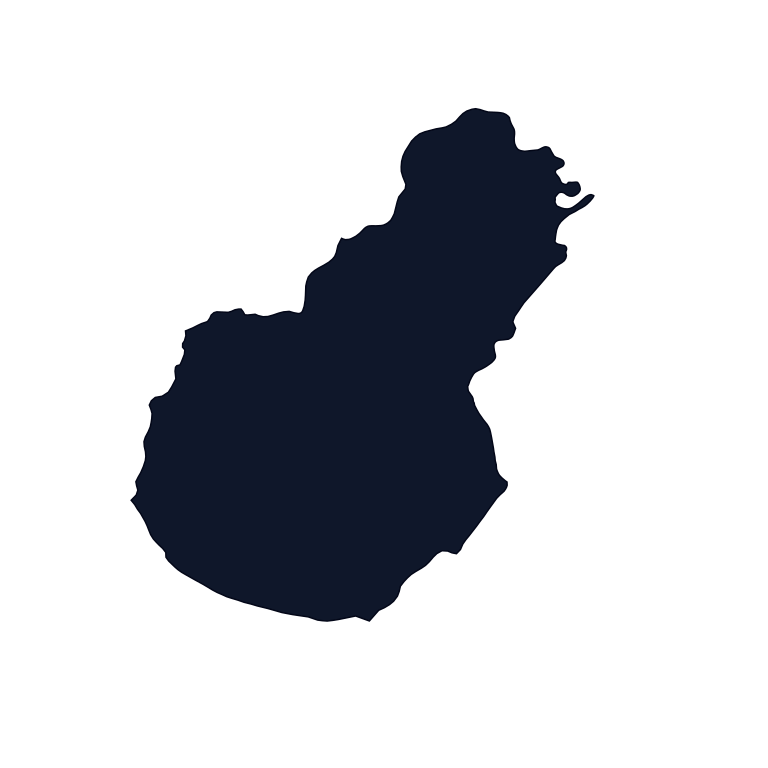 the district of Bacho, Narathiwat, Thailand, rotated 58°
{"feature_id": "78962969B22586560209583", "entity_name": "Bacho", "entity_type": "district", "adm_level": 2, "iso_a3": "THA", "parent_name": "Thailand", "parent_adm1": "Narathiwat", "projection": "equal_earth", "projection_center": [101.634, 6.553], "detail": "fine", "context": "isolated", "style": "filled", "palette": "ink", "viewbox_px": 768, "rotation_deg": 58, "n_neighbors": 0, "source": "geoboundaries", "source_scale": "gbopen_adm2", "svg_char_len": 6158}
<svg xmlns="http://www.w3.org/2000/svg" viewBox="0 0 768 768"><g transform="rotate(58 384 384)"><path d="M532.3,331.6L530.2,332.5L526.0,333.8L522.6,334.5L520.6,334.5L517.8,334.1L515.7,333.6L511.7,331.5L507.9,330.3L504.8,328.7L499.7,326.7L496.4,325.2L486.5,321.2L481.2,319.2L478.3,318.3L475.4,318.0L472.9,318.0L469.5,318.4L466.9,318.7L459.2,319.1L454.8,318.9L450.1,318.5L447.9,317.6L446.3,317.5L443.4,316.2L441.5,315.9L436.1,316.2L434.7,316.2L433.3,315.7L430.5,314.4L428.8,312.0L426.9,309.7L424.6,306.0L423.8,304.4L423.1,303.1L422.8,302.3L422.5,301.1L422.4,300.5L422.4,298.9L422.5,296.6L423.0,292.9L423.2,289.2L423.2,287.3L423.0,283.7L422.8,281.3L422.5,280.1L422.2,278.9L421.9,277.9L421.5,277.1L421.2,276.4L420.5,275.5L419.6,274.8L419.0,274.5L418.2,274.1L414.5,272.9L411.4,271.5L410.6,271.1L408.9,270.0L408.6,269.6L408.0,268.7L407.4,267.4L407.3,266.3L407.3,265.4L407.6,263.7L407.9,263.0L409.8,259.3L411.0,256.7L411.8,255.0L411.9,254.6L412.0,254.1L412.0,253.4L412.0,251.6L411.8,250.7L411.5,249.6L411.0,248.8L409.6,246.8L406.5,242.9L400.3,242.0L399.1,241.4L395.9,237.3L395.0,235.3L393.0,230.6L391.3,226.9L389.3,222.3L381.8,197.5L376.0,179.0L375.3,176.2L375.2,173.2L375.3,169.0L374.9,165.6L373.5,163.0L371.8,161.3L369.9,160.6L368.3,159.9L366.7,157.9L365.7,157.3L364.9,157.0L364.0,157.0L362.8,157.3L362.0,157.7L361.2,158.8L357.8,162.2L356.4,163.2L354.7,163.7L353.4,163.4L352.1,162.2L349.8,160.4L347.9,158.8L344.9,156.1L343.6,154.5L341.7,151.8L340.1,147.9L339.2,143.6L338.4,137.2L339.0,130.1L339.0,126.3L339.3,122.5L339.3,119.0L339.0,116.4L338.1,112.2L336.9,108.6L336.1,107.0L335.6,106.3L335.4,106.3L335.2,106.4L333.6,107.6L333.1,108.1L332.8,108.7L332.6,109.3L332.3,110.3L332.2,112.8L332.2,113.6L333.8,123.2L334.1,126.8L334.2,129.2L334.2,130.3L334.1,131.5L333.8,133.0L333.1,134.9L332.7,135.7L332.3,136.3L331.1,138.0L328.8,140.2L325.4,142.6L325.0,142.9L324.7,143.0L323.4,143.1L320.8,142.8L320.5,142.7L320.0,142.4L318.0,140.8L316.8,140.4L316.3,139.8L315.8,138.7L315.0,136.4L314.6,135.1L314.5,134.8L314.6,133.9L314.8,133.2L315.1,132.4L315.7,131.5L316.6,130.6L317.6,129.9L318.7,129.4L319.9,129.0L320.7,128.6L322.7,127.3L323.3,126.6L323.8,125.9L324.5,124.8L324.8,124.1L325.1,123.0L325.2,122.3L325.2,120.1L325.1,118.6L324.8,117.6L324.4,116.5L323.9,115.6L323.5,115.0L322.8,114.4L322.1,114.0L320.6,113.4L319.8,113.2L318.9,113.0L318.1,112.9L316.5,112.9L315.7,113.0L315.2,113.3L314.7,114.0L314.4,114.4L312.7,117.7L311.3,119.8L310.8,120.8L310.8,121.0L311.4,122.1L311.5,122.7L311.4,123.4L311.0,124.2L310.7,124.7L309.9,125.4L309.4,125.8L308.1,126.6L307.4,126.8L306.4,126.8L305.9,126.8L302.9,126.3L301.2,126.3L297.2,126.8L296.6,126.8L295.8,126.7L295.3,126.5L294.7,126.2L294.4,125.9L294.1,125.5L293.9,125.2L293.7,124.8L293.6,124.0L293.6,122.8L293.9,119.3L294.0,117.5L293.9,116.7L293.4,115.6L292.8,114.8L292.1,114.3L291.7,114.1L290.9,113.9L289.6,113.8L288.4,114.2L287.4,114.7L286.2,115.5L283.0,118.0L281.8,118.6L281.1,118.9L280.4,119.0L279.6,119.0L275.7,118.9L272.6,118.6L271.9,118.7L271.1,118.9L270.5,119.2L269.7,119.9L269.1,120.4L268.5,121.3L268.2,121.8L267.9,122.7L267.8,123.5L267.6,124.6L267.4,127.5L267.1,129.3L266.6,130.4L263.8,136.0L262.4,139.0L261.2,141.4L259.6,143.3L258.6,144.4L257.1,145.5L256.2,146.0L255.0,146.3L253.0,146.4L251.5,146.2L249.8,145.9L249.0,145.7L247.0,144.8L244.6,143.4L241.2,140.8L239.7,139.9L238.6,139.3L237.7,139.0L236.8,138.7L235.9,138.6L231.6,138.3L230.1,138.1L227.3,137.5L224.5,136.5L224.2,136.5L223.6,136.7L222.6,136.8L220.0,137.8L217.5,139.5L215.4,141.8L213.8,143.9L208.6,151.5L205.6,154.3L202.2,157.1L199.1,160.4L197.6,163.9L196.4,169.2L196.5,173.7L197.6,178.4L199.2,183.8L199.5,189.2L198.9,195.2L197.6,199.0L195.3,204.5L191.8,215.7L190.8,221.1L191.3,226.4L192.6,231.8L198.0,242.9L200.9,247.2L204.6,251.1L208.9,254.3L212.8,256.6L218.0,258.1L221.9,258.8L226.3,259.6L229.9,262.7L231.5,267.4L233.2,272.3L236.6,276.3L245.1,285.1L247.2,288.5L248.8,291.6L249.4,295.2L249.4,297.3L249.0,300.3L248.1,302.6L245.6,307.1L243.5,310.3L242.1,312.9L241.7,314.1L241.5,316.4L241.7,318.2L242.6,321.7L243.3,324.7L243.8,329.5L243.6,332.5L243.3,335.3L242.8,337.1L241.8,339.0L241.2,340.2L239.7,341.6L238.0,342.8L242.2,349.7L247.3,354.8L249.7,358.2L250.8,361.5L251.5,366.3L251.4,372.3L251.0,378.1L251.0,382.6L251.5,386.4L253.2,391.5L256.4,395.4L259.5,398.4L267.2,403.6L271.1,406.4L275.8,410.5L278.6,413.9L279.4,415.2L279.7,417.0L279.4,418.2L278.8,419.4L275.8,422.7L272.2,425.9L269.6,431.0L268.1,435.8L266.8,441.4L265.3,446.6L262.9,450.9L259.4,454.4L256.6,456.3L253.3,463.0L251.6,465.4L248.0,465.2L244.7,465.5L243.4,467.7L242.1,471.0L241.6,474.7L240.7,478.1L234.2,487.6L233.4,490.4L234.0,494.0L235.9,496.8L237.3,500.0L237.4,501.3L236.1,506.7L235.6,510.9L235.1,516.5L233.8,524.2L238.1,526.4L241.7,530.4L243.0,533.3L246.0,535.3L248.2,535.0L249.5,534.8L253.1,537.6L257.8,543.9L259.7,546.9L258.7,550.1L259.3,551.9L262.4,554.4L269.4,557.8L274.0,565.6L276.7,571.2L276.8,578.6L274.2,585.1L274.9,590.1L277.5,594.2L282.1,595.1L286.1,596.3L290.0,599.1L293.2,601.8L296.5,604.9L299.6,609.3L302.6,614.5L305.7,618.1L310.0,620.4L315.1,622.2L319.3,624.4L322.5,627.0L326.6,631.9L330.3,637.3L332.7,641.8L335.4,646.2L339.2,647.7L343.6,649.0L346.9,653.0L348.6,660.0L354.2,659.3L359.6,659.4L364.8,659.0L374.0,659.4L378.7,660.0L382.9,660.8L388.1,661.7L393.2,661.7L397.2,661.0L401.8,660.0L406.2,658.8L411.2,658.3L415.4,660.7L420.0,660.4L428.4,658.3L432.3,657.1L436.4,655.4L441.7,652.6L446.8,649.8L450.3,647.9L458.3,643.4L467.9,638.5L472.4,635.9L476.6,633.0L481.0,630.1L484.8,626.9L489.9,622.4L495.0,618.3L500.2,613.3L505.0,609.1L509.1,605.1L512.9,601.4L517.0,597.7L523.7,591.7L531.1,583.7L535.2,578.9L541.3,571.7L549.0,565.4L551.9,561.9L554.9,557.8L557.4,552.5L559.6,547.3L565.7,531.0L577.2,522.0L573.1,508.4L573.9,502.2L574.0,496.2L573.3,491.0L571.0,485.0L567.9,481.0L564.2,477.3L562.1,471.7L560.8,466.8L559.9,461.9L559.8,456.4L560.0,449.9L559.8,444.9L558.7,439.7L556.9,434.1L555.8,429.1L556.1,423.2L559.4,418.5L563.2,415.8L566.3,412.5L564.9,406.9L561.5,402.0L559.4,397.1L557.8,392.3L553.6,380.9L551.7,376.2L549.1,369.4L546.8,364.2L544.8,359.4L540.6,349.0L539.5,344.6L538.5,338.9L537.4,336.4L536.3,334.6L535.1,333.2L532.3,331.6Z" fill="#0f172a" stroke="#020617" stroke-width="1.5"/></g></svg>